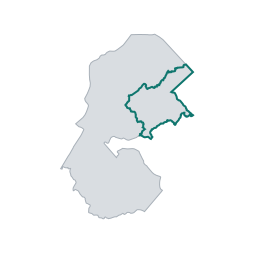 Zambia, with North-Western highlighted, rotated 138°
{"feature_id": "ZMB-521", "entity_name": "North-Western", "entity_type": "Province", "adm_level": 1, "iso_a3": "ZMB", "parent_name": "Zambia", "parent_adm1": "", "projection": "albers", "projection_center": [25.141, -12.794], "detail": "fine", "context": "in_parent", "style": "outline", "palette": "teal", "viewbox_px": 256, "rotation_deg": 138, "n_neighbors": 0, "source": "natural_earth", "source_scale": "10m", "svg_char_len": 8879}
<svg xmlns="http://www.w3.org/2000/svg" viewBox="0 0 256 256"><g transform="rotate(138 128 128)"><path d="M164.1,166.1L154.5,165.9L151.0,166.6L148.1,167.8L144.7,169.6L142.7,170.8L142.1,171.6L141.8,173.1L141.8,175.6L141.4,177.3L140.4,178.9L135.2,180.8L131.8,182.4L128.4,184.2L125.9,186.6L124.1,189.6L121.2,193.3L115.2,199.9L111.8,201.2L108.9,200.9L105.4,199.5L102.6,199.2L100.6,200.0L98.7,199.8L97.0,198.4L95.5,197.9L94.3,198.2L92.8,198.2L90.1,197.4L87.7,195.0L86.4,194.0L85.4,193.7L82.5,193.3L76.0,192.8L69.2,194.0L63.2,195.2L57.1,190.0L51.1,184.4L49.9,183.0L47.7,181.1L46.1,180.2L45.4,179.8L43.8,174.8L42.9,170.2L42.3,126.1L69.5,125.8L71.2,125.6L71.3,125.2L70.0,122.8L70.1,122.0L70.4,120.4L71.6,117.2L71.7,116.1L71.1,112.6L71.1,110.7L71.4,106.7L71.2,105.4L71.9,103.6L72.1,102.5L72.3,102.0L72.0,100.6L71.4,95.9L71.1,94.0L72.8,94.3L73.3,95.2L73.6,96.3L74.4,96.3L76.3,96.9L77.0,97.8L77.4,99.7L77.2,100.6L76.6,101.4L77.2,102.1L78.5,102.6L79.2,102.4L81.4,101.1L83.5,100.7L84.5,100.3L89.0,99.5L89.9,99.0L90.5,99.0L91.0,99.4L90.6,100.7L90.4,101.9L91.0,104.1L91.4,105.2L92.4,105.9L93.0,106.3L93.8,107.1L95.4,107.0L98.8,108.1L99.9,108.7L101.3,109.2L102.4,109.4L105.9,109.8L109.7,110.5L111.6,110.5L113.0,110.4L114.0,110.1L114.6,109.7L114.8,109.4L116.3,105.2L117.0,104.8L117.9,104.6L118.5,105.0L119.1,107.7L121.8,110.1L122.7,112.2L123.3,113.9L123.9,114.4L125.0,115.0L126.6,115.2L128.1,115.3L135.3,118.3L136.1,118.9L137.0,120.4L137.5,122.2L138.1,123.6L139.0,123.9L139.9,124.0L140.7,125.0L141.3,125.9L143.4,129.4L143.7,130.8L144.7,131.7L146.1,132.1L147.4,132.2L148.2,131.8L150.1,131.1L151.5,130.3L152.6,130.0L153.2,130.2L153.7,130.8L154.0,132.5L155.0,133.2L155.8,132.9L156.1,132.3L156.1,131.9L156.4,113.7L155.7,113.9L154.9,114.4L153.0,114.4L152.2,114.8L151.9,115.3L152.1,116.1L152.1,117.1L151.8,117.6L151.0,117.8L149.7,117.4L147.5,116.8L145.7,116.5L144.4,115.1L142.6,113.0L141.4,112.0L138.6,109.8L138.1,109.3L137.3,108.3L136.6,106.6L135.9,104.6L135.5,103.4L136.2,101.5L138.0,95.2L138.4,93.2L139.8,91.3L139.9,89.5L139.4,87.2L139.6,85.9L139.8,78.7L139.5,76.4L138.6,73.9L136.6,70.4L136.6,69.6L139.8,67.4L140.8,66.5L142.5,64.7L143.6,63.2L144.3,61.9L144.6,60.3L144.1,58.7L145.2,58.4L171.7,54.8L172.0,55.9L172.8,57.7L173.7,59.1L174.8,60.2L175.7,61.0L176.3,61.2L180.4,61.2L181.9,61.9L183.1,62.9L183.4,64.2L184.2,65.1L185.1,65.8L185.5,65.9L186.1,65.8L187.2,65.8L188.2,66.1L188.7,66.4L188.7,67.6L189.0,68.1L190.4,68.3L191.8,68.5L193.1,69.3L194.6,69.5L196.2,69.8L197.0,70.7L198.8,71.6L200.9,72.4L203.3,73.8L203.3,74.2L203.7,74.9L204.1,75.5L204.2,76.3L204.3,77.0L204.9,77.2L205.5,77.3L205.9,76.8L206.6,76.8L207.3,77.2L207.5,78.0L208.0,79.2L208.9,80.0L209.5,80.8L209.2,82.1L208.8,83.4L210.0,84.7L211.5,85.9L211.9,86.4L212.0,88.2L212.2,88.8L213.2,90.3L213.7,91.2L213.6,91.8L210.7,94.6L208.9,95.0L208.1,95.5L207.7,96.1L208.7,99.0L209.3,100.1L208.7,101.5L207.5,103.8L207.0,104.0L206.8,105.7L207.2,106.4L207.7,106.9L207.9,108.1L207.8,111.0L207.0,114.4L208.1,117.3L208.6,117.7L210.3,117.7L210.6,118.0L210.2,118.8L208.9,120.1L206.6,121.0L203.3,122.0L202.6,123.0L202.2,124.6L202.5,125.5L202.9,126.0L202.7,127.3L202.4,128.8L202.5,129.9L202.3,130.9L201.9,131.3L201.2,132.8L200.5,134.3L199.9,134.9L199.1,135.6L197.8,136.2L197.8,136.5L199.2,137.2L199.6,137.7L199.7,138.0L199.1,138.8L199.8,139.3L200.6,139.7L201.3,140.7L202.1,142.6L202.3,142.8L202.5,142.8L203.0,142.6L203.9,141.9L204.6,141.6L205.3,142.8L191.7,147.0L188.5,147.8L183.8,149.4L182.2,149.9L181.0,150.5L168.4,153.8L166.4,154.5L162.0,156.3L161.8,156.6L161.8,157.4L162.2,159.2L162.9,160.7L163.6,161.7L163.9,164.0L164.1,166.1Z" fill="#d9dde1" stroke="#a8b0b8" stroke-width="1"/><path d="M42.4,136.4L42.3,126.1L71.8,125.8L71.6,125.3L71.3,124.8L71.0,124.4L70.2,123.6L69.9,123.1L69.8,122.7L69.9,122.1L70.1,121.4L70.7,119.3L70.9,118.8L72.0,117.1L72.1,116.9L72.2,116.6L72.0,115.9L71.9,115.0L71.8,114.6L71.4,114.3L71.1,113.8L71.0,113.1L71.2,109.1L71.5,108.4L71.5,108.2L71.5,107.8L71.4,106.7L71.0,105.8L71.0,105.4L71.1,105.1L71.3,104.5L71.7,103.9L71.8,103.7L71.8,103.1L71.8,102.8L71.9,102.5L72.4,102.2L72.5,102.0L72.5,101.8L71.9,100.4L71.8,100.0L71.8,97.8L71.6,97.8L71.5,97.6L71.5,97.0L71.5,96.2L71.7,95.6L71.6,95.4L71.3,95.0L71.2,94.7L71.1,94.0L71.6,94.0L72.3,94.1L73.0,94.4L73.3,94.7L73.2,95.2L73.4,95.8L73.3,96.3L73.4,96.5L74.0,96.4L74.3,96.4L75.1,96.6L75.9,96.6L76.3,96.8L76.7,97.0L77.1,97.4L77.2,97.7L77.2,97.8L76.9,98.1L76.9,98.3L77.0,98.5L77.4,98.9L77.4,99.1L77.5,99.4L77.4,100.0L76.8,101.0L76.6,101.2L76.0,101.4L75.8,101.6L76.0,101.8L76.2,102.0L77.1,102.0L77.4,102.2L77.9,102.7L78.2,102.8L78.5,102.8L78.8,102.8L79.5,102.5L79.9,102.5L80.0,102.4L80.1,102.1L80.3,101.8L81.0,101.6L81.5,101.0L82.1,100.7L83.2,100.7L83.8,100.6L84.9,100.1L85.5,99.9L86.0,99.9L88.1,99.7L89.0,99.5L90.4,98.8L90.9,98.8L91.0,98.9L91.1,100.1L90.5,100.5L90.8,100.8L90.7,101.1L90.4,101.4L90.4,101.8L90.5,102.1L90.9,102.9L90.9,103.1L90.7,103.3L90.7,103.5L90.7,103.9L91.1,105.1L91.4,105.5L91.5,105.5L92.0,105.6L92.3,105.9L93.1,106.3L93.4,106.6L93.4,106.8L93.2,107.2L93.3,107.4L93.6,107.5L93.9,107.5L94.2,107.2L94.5,107.1L94.6,106.8L94.7,106.7L95.4,106.8L95.9,107.1L96.4,107.5L96.9,107.8L97.2,107.9L98.0,107.9L98.6,107.7L98.8,107.7L99.7,108.5L100.0,108.6L100.2,108.8L100.4,109.3L100.7,109.4L103.4,109.4L103.7,109.5L104.3,109.8L104.8,109.8L105.1,110.0L105.3,110.0L105.9,109.6L106.4,109.6L107.0,109.5L107.4,109.6L108.1,110.3L108.6,110.5L109.8,110.5L110.4,110.7L110.9,111.0L111.1,111.1L111.4,111.1L111.7,110.9L111.8,110.6L112.0,110.4L113.1,110.5L113.7,110.4L114.3,110.0L114.8,109.5L115.1,109.0L115.2,107.7L115.3,107.2L115.9,106.4L115.9,106.0L115.8,105.4L115.8,105.1L116.0,104.9L116.6,104.9L117.1,104.7L117.7,104.7L118.3,104.5L118.5,104.9L118.6,105.5L118.7,106.3L118.7,106.8L119.0,108.1L121.7,109.8L122.4,111.0L122.5,111.6L123.2,113.7L123.4,114.0L124.2,114.6L123.5,115.1L123.2,115.2L123.0,115.5L122.8,115.4L122.4,115.3L122.3,115.2L121.8,114.6L121.6,114.7L121.1,115.1L120.8,115.2L120.5,115.5L120.0,115.7L119.8,116.0L119.6,116.1L117.7,115.9L117.1,116.0L116.3,115.9L116.5,116.7L116.5,117.2L116.3,117.5L116.3,117.8L116.5,118.4L116.6,118.6L115.9,118.8L115.6,119.0L114.7,120.1L114.5,120.3L114.0,120.3L113.8,120.4L113.6,120.8L113.4,121.6L113.2,121.9L113.3,122.1L113.5,122.3L113.6,122.6L114.1,123.0L114.1,123.4L113.7,124.0L113.8,124.2L114.2,124.5L114.4,124.8L114.8,124.9L115.1,125.1L115.5,125.1L115.7,125.5L115.9,125.6L116.0,125.8L116.6,125.8L116.8,125.9L116.4,127.6L116.3,127.8L116.1,128.1L115.2,128.7L114.9,129.0L114.9,129.5L114.9,129.8L115.1,130.1L115.1,130.5L115.0,130.9L114.7,131.3L114.4,131.5L114.0,132.1L113.4,132.4L113.3,132.6L113.0,133.5L112.6,133.9L112.4,134.5L112.3,135.5L112.5,136.0L113.5,136.7L113.7,137.1L113.8,137.4L114.0,137.7L114.6,138.0L114.7,138.4L114.2,139.2L114.1,139.5L114.0,139.9L114.0,141.0L113.8,141.1L113.4,141.3L113.4,141.5L113.9,141.8L114.1,142.0L114.8,142.9L115.0,143.4L115.1,143.7L115.0,144.0L114.6,144.6L114.7,146.4L114.6,146.7L114.3,147.0L112.5,147.0L112.3,147.1L111.7,147.4L111.5,147.5L110.3,147.4L110.1,147.4L110.0,147.6L109.9,147.6L109.3,147.4L109.1,147.4L108.9,147.5L108.5,147.8L107.9,148.7L107.0,149.5L106.4,150.2L106.2,150.5L106.2,151.2L105.6,151.4L105.5,151.5L105.4,151.4L105.1,151.1L104.4,150.8L104.1,150.7L103.7,150.6L103.3,150.0L95.3,149.0L94.8,149.1L94.3,149.5L93.9,149.5L93.3,149.7L92.7,149.7L92.0,149.4L90.9,149.4L90.4,149.6L89.8,149.7L89.1,150.0L88.5,150.1L87.7,150.1L87.0,150.2L86.7,150.2L86.4,150.0L85.9,149.3L85.8,149.0L85.8,148.5L85.8,148.0L85.9,147.7L86.8,147.4L87.1,147.0L87.1,146.3L87.2,146.0L87.5,145.4L87.6,145.1L87.6,144.4L87.5,144.2L87.3,143.9L87.2,143.9L86.6,144.0L86.4,144.0L84.6,143.1L83.5,142.9L82.6,142.5L82.4,142.1L82.3,141.4L82.2,140.9L81.5,140.1L81.4,140.1L81.0,140.3L80.9,140.7L80.7,140.7L80.7,140.2L80.4,140.2L80.4,140.5L80.0,140.5L79.9,140.5L79.7,140.2L79.4,140.0L78.9,139.5L78.7,139.7L78.5,139.8L78.7,140.0L78.1,140.0L77.9,140.2L77.7,139.9L77.5,140.1L77.3,140.1L76.7,139.9L76.6,139.5L76.5,139.3L76.3,139.2L76.2,139.1L76.1,139.3L76.0,139.5L76.2,139.8L75.8,139.8L75.2,139.4L74.6,139.5L74.1,139.7L73.9,140.0L73.6,140.1L73.4,140.1L73.2,140.0L72.9,140.4L72.7,140.4L72.0,140.7L71.7,140.8L71.1,140.6L70.5,140.8L70.0,140.6L69.7,140.6L69.4,140.4L69.4,140.1L69.2,140.2L68.9,140.5L68.4,140.7L67.9,141.0L67.7,140.9L67.5,140.7L67.2,140.6L66.5,141.0L65.9,141.1L65.1,141.7L63.6,142.1L63.2,142.3L62.6,142.8L62.0,142.8L61.8,142.9L61.4,143.2L61.2,143.3L60.6,143.4L60.6,143.1L60.6,142.9L60.0,143.2L60.0,142.9L60.6,142.0L60.5,141.9L59.3,141.8L59.1,141.7L58.8,141.4L58.8,140.7L58.5,140.6L58.2,140.5L57.7,140.7L57.5,140.8L57.3,140.8L57.2,140.6L57.1,140.2L56.8,139.9L55.5,139.1L55.1,138.9L54.9,138.9L54.5,139.4L53.6,139.5L53.4,140.6L53.1,140.8L52.9,140.7L52.5,140.5L52.0,140.3L51.8,140.0L51.6,139.8L51.4,139.8L51.3,139.6L50.6,139.6L50.3,139.3L50.0,138.9L49.0,138.3L46.9,136.6L46.4,136.3L46.1,136.2L45.8,136.3L45.6,136.6L45.3,136.9L45.2,137.1L44.7,137.4L44.0,137.4L43.2,136.7L42.7,136.5L42.4,136.4Z" fill="none" stroke="#0f766e" stroke-width="2"/></g></svg>